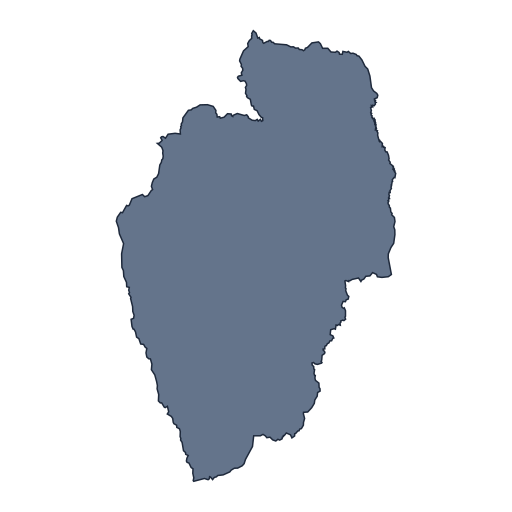 Padre Abad, Ucayali, Peru
{"feature_id": "86281439B41758290509877", "entity_name": "Padre Abad", "entity_type": "district", "adm_level": 2, "iso_a3": "PER", "parent_name": "Peru", "parent_adm1": "Ucayali", "projection": "equal_earth", "projection_center": [-75.247, -8.814], "detail": "fine", "context": "isolated", "style": "filled", "palette": "slate", "viewbox_px": 512, "rotation_deg": 0, "n_neighbors": 0, "source": "geoboundaries", "source_scale": "gbopen_adm2", "svg_char_len": 6033}
<svg xmlns="http://www.w3.org/2000/svg" viewBox="0 0 512 512"><path d="M253.3,30.7L251.7,33.5L252.1,34.9L251.6,35.8L251.7,38.4L249.4,40.5L247.7,43.5L248.2,46.6L243.5,50.9L239.9,59.1L239.6,60.9L241.4,64.4L241.1,66.3L242.6,68.2L242.8,70.3L241.3,72.8L241.9,75.2L238.4,76.2L237.5,77.3L237.9,78.6L240.6,81.4L243.4,80.7L245.1,81.2L246.5,83.9L246.6,85.6L245.4,87.4L246.0,89.4L245.5,93.3L246.9,95.6L246.6,96.5L247.5,97.7L250.3,99.3L251.4,105.1L252.0,106.0L253.5,106.1L254.3,109.4L257.1,110.7L259.0,114.6L261.4,117.4L262.6,117.7L262.8,120.6L261.4,121.3L260.4,119.4L258.2,121.1L257.2,119.4L255.3,120.6L252.1,120.2L248.3,117.8L248.3,116.8L246.7,114.8L244.3,115.5L237.3,113.5L233.0,115.4L232.8,116.5L231.5,115.7L231.2,114.0L227.5,113.7L224.1,117.2L220.3,118.2L219.7,116.7L217.2,117.0L216.9,114.3L215.7,112.8L215.9,110.4L213.2,106.4L207.5,104.7L200.1,104.9L196.5,107.2L192.7,108.4L191.2,109.9L188.4,110.3L182.9,117.9L182.5,121.9L181.2,124.0L181.5,125.5L180.7,126.5L181.0,127.9L180.1,129.9L180.4,134.0L175.1,133.3L168.1,134.2L165.5,138.2L163.0,136.5L161.5,136.8L160.7,137.8L162.1,140.3L161.8,140.8L159.2,143.2L157.4,143.4L161.5,147.0L162.2,148.4L163.0,150.8L162.7,153.0L163.2,156.2L162.8,158.8L161.7,160.0L161.4,162.2L159.8,165.0L158.6,173.6L156.8,177.2L153.8,179.0L152.3,182.6L151.4,186.3L152.6,189.6L151.3,190.5L147.9,195.6L144.7,196.7L142.4,194.5L132.0,198.7L129.3,205.2L128.0,205.9L126.6,205.4L122.5,212.7L120.7,212.3L117.3,217.2L116.3,221.2L118.5,227.6L119.4,233.9L123.6,243.6L121.6,253.8L121.9,267.4L123.4,270.6L123.8,276.5L126.5,282.4L126.7,286.7L129.3,287.4L128.7,290.2L129.5,292.5L128.7,293.8L131.0,297.3L130.6,298.5L132.6,306.6L132.8,311.5L134.1,315.2L133.6,318.3L131.1,319.3L132.0,326.5L133.1,329.1L134.0,329.2L135.5,331.9L136.6,337.1L138.9,338.7L140.7,344.0L143.6,344.4L145.2,347.2L146.8,348.4L146.0,352.9L146.8,357.0L148.8,358.8L150.4,358.9L151.9,364.1L151.4,369.7L154.8,374.9L156.7,381.9L157.4,385.6L157.1,388.8L158.7,394.5L158.4,400.9L160.3,402.9L161.7,402.9L164.3,407.2L165.2,407.6L167.4,406.3L168.7,411.8L167.3,414.0L171.3,416.4L172.7,418.4L173.2,422.2L173.9,423.7L176.6,425.2L176.8,427.4L179.4,428.7L180.3,431.4L180.1,436.6L180.8,438.4L180.6,440.1L182.1,442.4L183.5,450.7L185.5,452.5L185.7,454.3L188.2,455.5L186.9,458.2L186.4,461.0L187.0,462.3L189.0,463.1L191.1,467.5L193.0,468.8L192.8,473.3L193.8,477.8L193.2,480.6L193.7,481.3L204.4,478.5L208.1,479.7L209.3,478.8L209.6,476.7L210.6,477.1L212.6,479.6L214.3,477.4L216.5,476.8L217.7,475.5L223.1,474.9L229.8,471.9L231.2,470.1L234.4,468.2L237.7,468.1L242.2,465.8L244.1,463.7L245.5,459.4L252.5,446.5L253.7,435.8L260.3,435.8L263.0,434.4L265.4,435.9L266.8,437.7L270.0,437.2L272.7,439.9L275.8,441.0L277.9,439.3L279.7,440.1L282.1,438.8L282.3,437.2L283.5,436.5L283.4,435.6L284.5,435.3L286.3,433.0L290.5,434.8L291.9,437.9L294.6,436.0L294.7,433.7L295.7,433.4L297.8,431.0L299.0,430.8L299.7,429.1L301.4,428.6L303.4,425.2L303.5,422.4L304.6,418.5L303.4,413.8L303.5,412.3L307.7,412.0L311.7,407.7L314.3,403.4L314.8,400.0L317.2,396.2L317.6,392.5L320.1,391.1L320.0,388.7L319.1,387.4L318.9,383.1L315.5,380.4L314.9,378.0L315.3,375.5L314.6,375.4L314.0,373.4L314.6,369.5L313.8,369.0L313.7,366.5L312.2,365.1L312.0,363.0L313.5,362.5L315.0,363.9L317.5,364.4L321.6,363.1L322.0,362.4L321.1,361.5L321.7,360.1L322.1,355.3L324.5,353.6L324.9,352.6L324.5,351.3L323.3,350.4L323.1,349.1L324.8,348.9L324.8,346.7L325.4,345.8L326.3,345.7L327.4,343.6L328.8,343.0L330.0,340.8L331.6,340.8L332.7,338.4L333.8,338.0L332.9,335.9L330.2,334.6L330.7,329.7L334.1,328.7L335.4,329.2L336.1,325.0L337.4,325.5L338.5,324.5L340.3,325.2L340.0,323.2L340.9,322.1L340.7,321.0L342.8,320.1L343.9,320.6L345.6,319.2L344.9,317.2L345.5,316.3L345.5,310.7L344.3,307.9L343.7,308.4L342.1,307.4L341.5,305.2L343.1,301.4L345.4,301.7L346.2,299.8L348.2,299.1L348.8,296.4L347.5,295.3L345.7,290.7L346.0,288.6L345.4,287.9L345.6,285.6L344.9,281.0L345.9,280.5L348.7,281.6L348.9,280.6L350.0,280.7L352.2,279.4L358.5,278.0L360.9,281.5L361.7,280.1L363.9,279.0L365.8,276.3L369.9,275.9L372.6,272.6L376.5,274.4L377.4,276.8L381.9,277.4L388.3,276.7L391.4,274.5L388.2,257.7L388.3,253.9L390.9,247.6L393.7,243.3L394.9,234.7L394.8,229.8L393.7,226.7L395.0,221.6L394.4,217.4L391.7,214.8L392.1,213.4L390.8,211.8L390.4,208.1L389.4,207.2L389.3,205.5L388.2,203.9L388.0,202.8L388.8,201.1L388.0,200.7L388.8,199.6L388.6,198.2L389.4,198.3L388.9,197.2L389.5,195.5L388.9,194.7L389.2,192.4L390.2,192.5L390.0,190.6L391.4,188.5L391.0,187.1L391.6,185.6L391.2,185.0L391.7,184.5L392.1,181.7L392.6,181.5L392.3,179.7L394.1,177.5L394.9,177.7L395.7,173.3L394.4,171.7L395.0,171.1L394.3,170.5L394.3,169.5L393.7,170.1L392.8,169.1L393.4,168.6L393.5,167.2L392.8,166.8L393.2,166.2L389.9,163.5L390.2,162.2L388.6,160.0L389.1,158.8L388.5,155.3L387.1,151.9L385.9,151.9L384.8,150.2L385.1,147.6L383.5,147.3L383.7,146.5L382.9,146.0L382.2,146.4L382.4,143.4L380.1,141.0L379.6,141.6L379.1,140.9L379.4,140.0L378.8,139.7L377.6,135.1L377.9,132.9L377.0,131.5L377.4,130.7L376.1,130.2L376.1,129.0L375.5,129.4L375.7,127.8L376.3,128.0L375.7,125.7L376.4,124.4L375.5,125.1L375.6,123.5L374.8,124.0L374.8,122.7L374.0,122.8L374.7,122.5L374.2,121.4L375.2,121.7L375.0,119.9L374.1,120.4L374.2,118.4L373.1,118.6L372.9,119.4L372.5,117.5L371.9,117.5L372.0,115.6L371.4,115.4L371.0,113.7L371.6,113.3L370.7,112.4L371.4,110.6L370.6,107.7L371.4,107.4L371.4,105.7L372.7,106.8L372.8,105.3L374.2,105.7L375.4,104.1L375.2,102.7L376.0,102.4L374.9,101.5L375.5,100.4L374.5,100.1L374.4,98.9L377.2,97.7L377.8,95.2L376.8,93.4L373.6,91.0L371.5,87.7L369.9,76.0L367.7,69.0L365.0,66.3L361.9,59.9L358.9,56.1L357.0,55.7L356.3,54.5L353.0,53.2L350.7,53.5L348.3,51.4L347.1,52.3L342.9,51.4L342.3,54.3L339.5,54.2L339.1,52.5L337.0,51.1L335.4,52.3L331.0,52.0L327.8,48.3L322.6,48.3L320.4,43.7L318.5,41.9L311.9,42.9L307.4,47.5L305.4,48.2L304.8,49.8L303.5,50.7L302.0,49.7L299.3,49.5L298.3,48.0L295.4,48.1L293.5,46.8L290.8,46.9L286.6,44.8L274.7,43.8L273.1,42.3L271.7,42.3L270.5,40.5L269.2,40.3L268.3,41.5L267.3,41.4L263.7,43.3L262.8,42.5L262.5,40.4L259.6,38.8L259.3,37.5L257.8,38.1L256.0,33.0L253.3,30.7Z" fill="#64748b" stroke="#1e293b" stroke-width="1.5"/></svg>